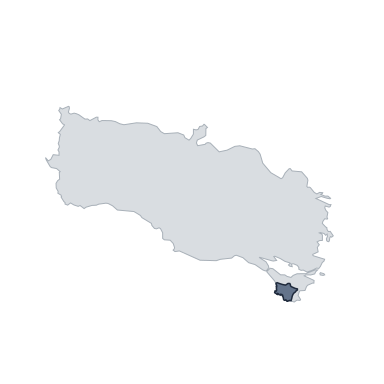 Kirklareli on a map of Turkey (orthographic projection), rotated 206°
{"feature_id": "TUR-2241", "entity_name": "Kirklareli", "entity_type": "Province", "adm_level": 1, "iso_a3": "TUR", "parent_name": "Turkey", "parent_adm1": "", "projection": "orthographic", "projection_center": [27.563, 41.681], "detail": "fine", "context": "in_parent", "style": "filled", "palette": "slate", "viewbox_px": 384, "rotation_deg": 206, "n_neighbors": 0, "source": "natural_earth", "source_scale": "10m", "svg_char_len": 4955}
<svg xmlns="http://www.w3.org/2000/svg" viewBox="0 0 384 384"><g transform="rotate(206 192 192)"><path d="M281.7,129.8L286.7,130.8L288.0,129.2L292.4,128.6L296.4,128.9L298.0,125.7L300.8,125.5L301.5,126.9L302.9,127.2L307.5,130.1L307.2,130.7L308.4,131.8L312.0,132.1L312.6,133.9L315.8,136.1L318.0,140.2L317.7,143.3L316.6,145.5L319.9,151.5L319.4,152.5L324.0,153.7L329.2,152.3L331.0,152.9L337.1,157.0L338.8,158.7L334.8,157.0L333.2,159.5L333.1,164.7L327.6,166.7L329.1,169.8L330.9,171.0L330.9,174.2L331.6,175.3L333.5,177.0L333.8,179.8L334.9,182.6L335.6,186.1L338.2,186.7L337.4,188.5L336.0,196.1L336.3,196.6L338.1,196.5L342.7,198.9L342.2,200.2L343.5,204.6L347.5,206.8L347.2,208.5L347.6,210.0L344.9,209.8L340.5,214.9L339.9,214.9L338.9,213.6L338.1,209.6L336.7,208.8L335.0,208.9L332.5,211.2L330.0,211.7L327.4,211.8L320.2,210.6L317.8,211.9L315.1,211.4L310.8,217.3L309.3,218.0L308.2,215.6L306.2,214.5L304.2,216.8L295.8,220.7L291.8,221.7L286.8,221.7L282.7,222.6L272.3,229.8L261.9,234.4L252.3,235.4L246.6,232.6L242.4,232.3L230.6,239.1L224.4,239.6L222.2,237.7L217.4,237.3L216.6,239.5L216.1,244.6L218.2,249.0L215.6,249.6L214.0,250.8L213.8,254.3L211.5,255.9L210.9,258.1L210.5,258.2L206.4,256.8L207.3,255.1L204.4,248.9L205.4,246.8L210.0,241.0L209.5,238.0L207.2,236.1L201.1,240.6L200.7,242.1L199.3,243.4L197.0,244.0L185.2,240.0L178.8,245.0L173.5,251.8L169.3,254.5L156.6,257.1L154.4,258.5L150.0,257.4L147.3,255.8L141.0,248.9L129.6,243.9L117.8,243.0L116.8,244.5L116.6,250.1L114.9,255.5L113.9,256.1L111.3,254.8L102.3,258.2L94.4,254.9L93.0,253.4L91.2,247.3L90.0,246.9L88.8,247.8L87.5,247.8L81.9,245.2L78.9,245.0L77.1,247.6L74.2,248.7L74.1,248.0L75.2,246.3L70.6,246.6L68.1,247.9L64.7,247.1L65.0,246.4L67.7,245.6L73.9,244.6L77.8,240.5L63.0,240.8L61.6,241.6L61.4,239.5L62.2,238.5L66.1,237.8L65.8,236.0L63.5,234.1L60.9,233.1L59.7,228.6L58.4,227.5L58.6,226.9L61.0,226.1L61.5,222.9L61.1,220.9L56.4,219.1L55.3,219.2L54.2,217.5L52.2,216.2L50.5,217.2L45.8,214.5L46.7,212.6L47.9,212.7L48.1,211.2L47.2,208.6L47.3,207.3L48.3,207.0L49.5,207.2L50.7,208.8L50.8,211.6L52.1,213.4L52.9,211.7L55.1,212.6L59.0,211.8L59.7,211.0L56.9,211.1L55.9,210.4L53.6,205.6L56.0,204.3L57.7,202.0L54.5,200.4L55.1,197.2L52.4,193.5L56.1,188.9L55.9,188.2L54.8,187.9L43.3,189.7L43.1,187.6L44.0,185.8L44.0,181.3L44.5,178.9L46.7,178.2L49.3,174.7L53.5,170.5L57.8,170.6L59.6,169.4L62.1,169.4L62.9,171.0L65.2,172.2L69.2,172.0L71.1,170.9L69.2,168.8L71.5,168.2L73.3,168.7L72.4,170.9L72.9,171.2L78.1,170.4L83.5,170.9L89.4,170.6L90.2,169.8L85.9,167.6L88.6,165.6L90.1,165.2L102.5,163.0L102.6,162.6L94.9,161.7L90.9,159.1L89.8,157.7L90.5,154.2L91.4,153.2L94.1,153.0L103.5,154.4L110.1,153.3L117.4,155.3L124.4,154.6L125.8,153.5L127.4,150.0L136.9,144.0L140.1,140.9L154.9,134.2L177.5,133.5L181.2,131.0L183.5,131.5L183.0,133.0L183.3,134.4L186.3,137.5L190.5,139.1L195.9,136.9L198.0,137.4L200.5,142.5L204.3,145.3L205.9,145.4L207.8,143.3L209.8,142.8L213.3,144.3L214.7,146.0L225.7,147.0L228.1,148.3L235.6,149.0L251.2,143.1L257.4,144.8L262.4,144.9L264.5,144.2L270.5,140.2L272.2,138.2L276.0,136.1L280.5,132.0L281.7,129.8ZM73.5,137.9L73.1,140.3L74.1,142.9L76.4,146.5L78.8,148.3L89.9,153.1L88.4,157.7L85.7,158.5L76.1,156.4L72.2,158.2L69.5,157.8L65.6,158.6L64.5,161.4L61.7,164.6L54.0,168.4L46.9,176.2L44.9,177.1L45.9,174.5L45.8,172.2L48.9,169.5L53.2,167.5L54.4,165.8L43.5,166.0L42.5,163.5L43.6,163.1L47.2,158.9L47.6,157.2L47.3,153.0L51.6,150.6L51.9,149.6L51.3,145.5L47.3,143.0L47.4,141.9L50.3,140.8L51.9,137.9L56.1,137.4L58.0,136.0L61.6,135.3L66.1,138.9L71.4,137.5L73.5,137.9ZM41.2,175.8L37.6,176.4L36.4,175.7L37.6,174.5L40.4,173.7L41.4,174.9L41.2,175.8Z" fill="#d9dde1" stroke="#a8b0b8" stroke-width="1"/><path d="M61.5,135.2L62.1,135.3L62.6,135.6L63.0,136.1L63.6,137.1L64.0,137.5L64.4,137.8L65.5,138.5L66.1,139.2L66.3,139.3L66.6,139.2L66.3,139.1L66.5,139.0L66.5,138.9L66.4,138.9L66.7,138.7L66.9,138.6L67.0,138.4L67.1,138.5L67.2,138.4L67.3,138.2L68.5,137.9L69.0,137.9L69.9,138.4L70.1,138.4L70.3,138.4L70.5,138.4L70.5,138.2L70.3,138.1L70.3,137.9L70.3,137.6L70.3,137.4L70.5,137.4L70.9,137.3L71.0,137.3L71.4,137.4L71.8,137.6L72.0,137.7L72.8,137.6L73.0,137.7L73.6,137.8L73.8,138.8L73.8,139.0L74.0,139.2L74.0,139.4L74.0,139.5L73.9,139.6L73.7,139.6L73.4,139.5L73.2,139.5L72.8,139.9L72.8,140.4L72.9,140.9L73.1,141.3L73.4,141.6L73.7,142.0L74.0,143.0L74.4,143.5L74.6,143.6L74.6,143.9L74.7,144.0L74.5,144.3L74.6,144.6L74.9,145.0L75.1,145.3L75.6,145.6L75.8,145.9L76.1,146.4L76.5,146.8L75.8,147.8L73.1,148.1L70.4,148.5L68.7,148.9L67.2,149.3L66.4,150.4L65.9,151.6L64.9,152.3L63.9,152.6L63.1,152.0L62.4,151.0L61.5,150.5L59.7,150.5L57.1,150.6L54.8,151.1L54.3,150.2L55.1,148.6L55.4,147.1L56.0,146.2L56.4,144.2L56.2,142.1L55.7,140.1L55.3,137.7L55.5,137.6L55.9,137.5L56.0,137.5L56.3,137.4L56.5,137.3L56.8,137.3L57.1,137.1L57.2,136.8L57.3,136.6L57.6,136.5L57.9,136.3L58.2,135.7L58.6,135.5L58.9,135.5L59.2,135.6L59.4,135.8L59.7,136.0L59.8,135.9L60.2,136.0L60.5,136.1L60.7,135.9L61.0,135.4L61.5,135.2Z" fill="#64748b" stroke="#1e293b" stroke-width="1.5"/></g></svg>